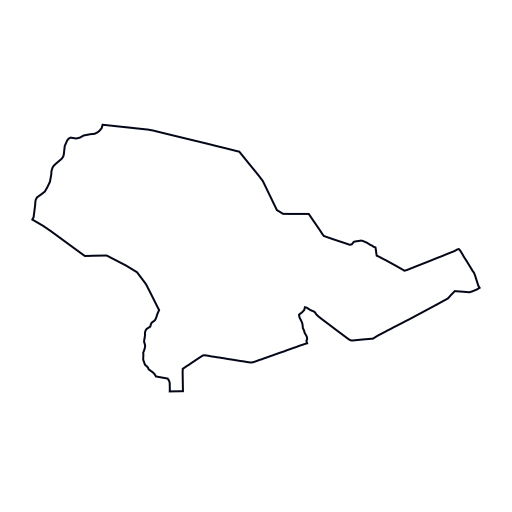 outline of Matões, Maranhão, Brazil, rotated 179°
{"feature_id": "56859067B60490474667229", "entity_name": "Matões", "entity_type": "district", "adm_level": 2, "iso_a3": "BRA", "parent_name": "Brazil", "parent_adm1": "Maranhão", "projection": "mercator", "projection_center": [-43.362, -5.379], "detail": "fine", "context": "isolated", "style": "outline", "palette": "ink", "viewbox_px": 512, "rotation_deg": 179, "n_neighbors": 0, "source": "geoboundaries", "source_scale": "gbopen_adm2", "svg_char_len": 3991}
<svg xmlns="http://www.w3.org/2000/svg" viewBox="0 0 512 512"><g transform="rotate(179 256 256)"><path d="M43.1,216.0L40.3,216.9L35.9,218.6L33.0,220.3L34.1,222.1L35.0,224.9L36.1,228.6L37.0,231.7L37.8,234.0L38.4,235.6L39.6,237.1L40.4,238.6L43.4,243.7L45.7,247.6L48.2,251.6L49.7,254.4L51.7,257.8L53.1,259.4L54.7,259.0L56.3,258.1L57.9,257.3L64.9,254.7L67.4,253.7L69.6,252.8L72.0,251.9L74.1,251.2L77.7,249.8L85.0,247.0L95.2,243.2L105.5,239.3L107.9,238.7L109.6,239.8L115.3,243.2L117.9,244.7L120.2,246.0L126.1,249.4L129.7,251.3L133.1,253.2L135.3,254.2L135.7,256.9L135.9,258.9L136.1,260.6L136.4,262.5L138.5,263.3L139.8,264.4L141.4,265.0L143.1,266.2L145.0,267.4L147.2,268.4L149.1,269.2L150.7,269.6L153.1,269.2L155.4,269.0L157.9,268.5L160.1,265.9L162.2,265.6L165.4,266.8L177.7,271.1L187.8,274.8L189.3,276.8L190.8,279.3L195.2,286.0L199.5,292.5L202.5,297.1L205.9,297.2L218.4,297.4L225.8,297.6L228.3,297.7L229.8,298.7L231.2,299.6L234.3,301.5L247.2,329.4L248.0,331.0L251.7,336.1L252.7,337.4L262.0,349.2L269.4,358.7L270.9,360.6L274.8,361.6L277.3,362.3L280.6,363.2L283.2,363.9L293.5,366.6L300.8,368.6L331.5,376.6L339.9,378.8L350.9,381.7L356.9,383.3L361.9,384.3L365.3,384.7L407.1,389.9L408.0,386.7L410.3,383.9L412.5,382.3L415.2,381.0L419.2,380.7L426.2,379.5L430.1,377.4L433.7,376.6L439.3,377.6L441.3,376.6L442.8,374.8L445.3,369.3L445.8,365.6L446.4,360.9L447.0,358.8L448.6,356.6L454.8,351.5L456.7,349.7L457.8,348.1L459.0,344.7L459.3,341.0L460.7,333.9L463.5,328.3L466.0,324.1L469.2,321.7L474.0,318.4L475.3,315.9L475.7,313.8L475.9,310.9L477.7,298.7L479.0,296.3L468.4,289.9L460.5,284.3L429.7,260.9L427.1,259.0L422.1,259.0L420.1,259.1L417.8,259.1L413.4,259.1L410.4,259.1L408.6,259.1L405.4,259.1L402.5,257.6L401.1,256.8L395.1,253.6L393.3,252.6L386.4,248.9L382.1,246.2L379.8,244.7L377.4,243.2L375.2,241.8L374.0,240.1L372.9,238.6L367.6,231.3L366.3,229.4L364.6,225.9L362.1,220.8L355.6,207.2L353.8,203.6L354.9,201.4L355.9,199.1L356.4,197.4L357.2,195.3L358.3,193.4L359.7,192.4L361.4,191.2L362.3,189.6L362.9,187.3L364.8,186.1L366.5,185.1L367.6,183.6L368.4,181.3L368.3,179.1L368.8,176.1L369.2,174.1L369.4,172.1L368.8,170.2L368.4,168.2L368.8,165.8L369.7,163.1L370.5,161.2L370.3,159.3L370.5,156.9L370.6,154.3L369.7,151.6L368.9,149.2L367.0,147.5L365.9,146.2L365.3,144.6L363.5,143.2L361.5,141.7L359.7,140.0L358.1,137.3L346.5,135.0L345.1,132.8L344.5,130.7L344.5,128.9L344.5,126.6L344.5,124.1L344.6,122.1L342.9,122.1L339.3,122.1L333.1,122.1L331.4,122.1L331.4,131.9L331.4,133.5L331.4,136.9L331.4,138.9L331.4,140.9L331.2,144.5L329.3,145.7L327.2,147.1L324.8,148.5L322.8,149.9L321.1,151.0L319.5,152.0L317.4,153.4L314.7,155.1L312.5,156.5L310.5,157.6L308.5,157.6L306.7,157.3L304.6,156.9L302.1,156.3L299.6,156.0L296.6,155.4L294.2,155.1L292.2,154.7L290.3,154.4L288.3,154.0L286.0,153.5L283.4,153.1L281.6,152.8L279.4,152.4L277.2,152.0L275.2,151.6L272.8,151.2L269.9,150.8L267.6,150.3L265.4,149.9L263.3,149.6L260.9,149.8L259.2,150.3L256.3,151.3L254.4,152.0L252.5,152.5L250.8,153.1L248.9,153.8L247.2,154.3L245.4,154.9L243.5,155.6L241.2,156.3L239.1,157.1L237.5,157.6L235.2,158.4L233.0,159.1L231.5,159.6L229.3,160.2L227.4,161.0L225.6,161.6L223.9,162.2L222.2,162.7L220.4,163.4L218.2,164.0L216.0,164.8L213.5,165.7L210.2,166.7L208.1,167.4L206.4,167.8L207.1,170.2L206.4,171.7L206.4,173.7L207.3,175.9L208.6,178.0L209.3,180.7L210.4,183.1L210.6,186.0L210.9,187.8L211.7,189.9L213.6,193.9L214.0,196.6L210.8,199.0L208.7,201.2L208.0,203.9L206.3,203.5L202.4,200.9L199.1,199.5L197.9,198.5L197.1,197.0L195.4,195.2L193.6,193.6L189.3,190.2L181.2,183.9L177.8,181.2L165.0,171.3L163.0,170.1L161.2,169.8L158.9,170.0L155.3,170.3L150.4,170.7L147.2,170.9L142.5,171.2L140.6,171.3L138.4,172.6L136.6,173.7L134.2,175.0L131.7,176.2L129.8,177.2L128.1,178.0L126.1,179.1L123.5,180.3L121.9,181.1L119.7,182.3L117.4,183.4L115.9,184.1L113.3,185.4L110.8,186.6L108.7,187.7L107.1,188.5L104.5,189.7L101.8,191.1L93.4,195.4L73.8,205.5L69.5,207.8L65.0,210.1L63.7,211.4L61.9,213.4L57.9,217.4L49.9,216.7L48.0,216.5L43.1,216.0Z" fill="none" stroke="#020617" stroke-width="2"/></g></svg>